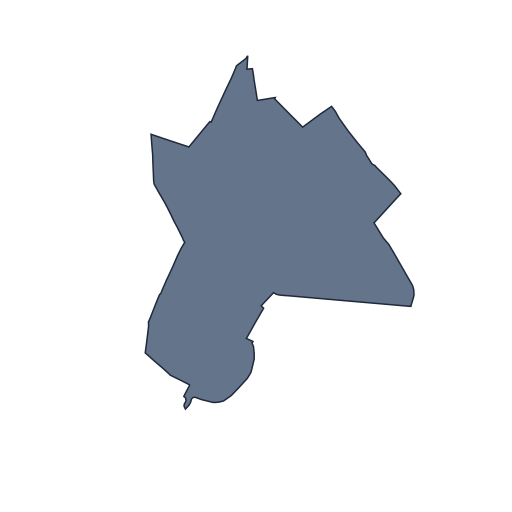 Santana, Arad, Romania (orthographic projection), rotated 125°
{"feature_id": "2599482B38045999797675", "entity_name": "Santana", "entity_type": "district", "adm_level": 2, "iso_a3": "ROU", "parent_name": "Romania", "parent_adm1": "Arad", "projection": "orthographic", "projection_center": [21.52, 46.341], "detail": "fine", "context": "isolated", "style": "filled", "palette": "slate", "viewbox_px": 512, "rotation_deg": 125, "n_neighbors": 0, "source": "geoboundaries", "source_scale": "gbopen_adm2", "svg_char_len": 2444}
<svg xmlns="http://www.w3.org/2000/svg" viewBox="0 0 512 512"><g transform="rotate(125 256 256)"><path d="M254.7,381.5L255.1,381.1L255.5,380.7L256.7,378.4L257.5,376.6L258.5,374.5L259.5,372.6L260.5,370.4L261.5,368.1L263.3,364.3L264.6,361.4L265.1,360.4L265.3,360.1L266.0,358.8L267.1,356.5L268.6,353.8L270.4,350.4L270.6,350.0L274.3,343.6L275.8,340.6L277.3,337.6L283.4,326.4L284.8,324.4L285.2,323.3L285.5,322.3L289.6,321.9L292.8,321.7L296.5,321.1L300.6,320.5L304.9,319.6L309.9,318.6L312.2,318.1L323.5,316.1L326.7,315.6L331.0,314.7L335.6,313.8L341.2,312.5L341.7,312.4L342.4,312.8L343.4,312.8L349.2,311.5L354.7,310.2L360.0,308.9L367.1,307.2L370.2,306.5L371.5,306.4L375.3,303.6L391.3,295.1L398.9,291.2L400.2,279.9L400.5,277.2L401.3,268.8L402.5,259.1L402.8,258.1L402.3,254.6L401.5,249.5L399.8,237.8L399.7,236.5L400.1,236.2L406.1,235.5L411.8,234.7L412.5,234.5L412.5,233.1L412.9,232.0L414.1,230.9L414.7,230.3L416.4,229.9L417.0,229.9L417.8,230.0L418.4,229.7L419.0,229.5L420.1,229.0L420.7,228.1L421.9,226.0L416.5,225.3L413.1,225.7L411.6,226.3L410.2,226.8L408.1,226.5L406.6,224.8L404.9,218.3L402.8,212.9L400.7,207.4L399.0,204.9L397.7,203.5L396.6,202.2L393.3,199.4L384.4,196.2L375.6,194.8L361.2,192.9L359.7,193.0L357.9,193.1L356.9,193.2L355.8,193.3L355.2,193.3L354.1,193.4L348.9,195.4L341.6,198.3L340.7,198.9L336.7,201.7L331.6,206.1L329.5,209.5L327.8,209.3L327.7,209.4L329.1,216.6L322.4,217.2L310.9,218.4L294.4,219.8L293.8,223.2L276.0,220.6L275.7,217.5L274.9,215.2L273.2,212.0L269.6,206.0L242.7,159.4L227.6,133.3L210.6,103.9L208.8,100.8L208.4,100.2L206.4,101.0L200.3,103.0L197.5,104.1L197.3,104.2L196.0,105.2L193.2,107.4L190.4,110.8L186.4,119.4L175.0,143.6L170.3,153.9L169.4,157.6L168.1,162.3L161.2,178.3L124.6,173.5L122.0,173.0L118.9,182.8L117.3,190.5L114.3,208.1L113.7,210.5L114.1,213.2L113.7,214.7L111.8,219.1L110.4,222.7L108.2,226.1L105.1,237.5L100.7,252.3L97.8,260.4L95.5,266.9L92.1,273.8L90.1,279.9L102.7,284.7L123.7,291.7L118.9,318.3L116.6,330.8L115.1,331.1L127.8,344.1L123.4,348.3L112.2,359.2L110.1,361.0L106.1,364.9L104.6,366.4L105.1,367.0L108.0,370.3L108.2,370.5L97.2,377.3L97.4,377.7L99.9,377.5L111.3,381.1L114.9,380.2L125.1,378.1L136.2,376.3L156.8,372.6L172.0,369.5L172.3,370.9L179.3,371.5L205.1,373.5L207.7,382.0L211.6,395.0L214.5,405.0L216.5,411.8L225.3,404.6L232.5,398.6L236.0,396.0L240.0,393.0L246.9,387.7L252.7,383.3L253.0,383.0L253.5,382.6L253.8,382.3L254.4,381.8L254.7,381.5Z" fill="#64748b" stroke="#1e293b" stroke-width="1.5"/></g></svg>